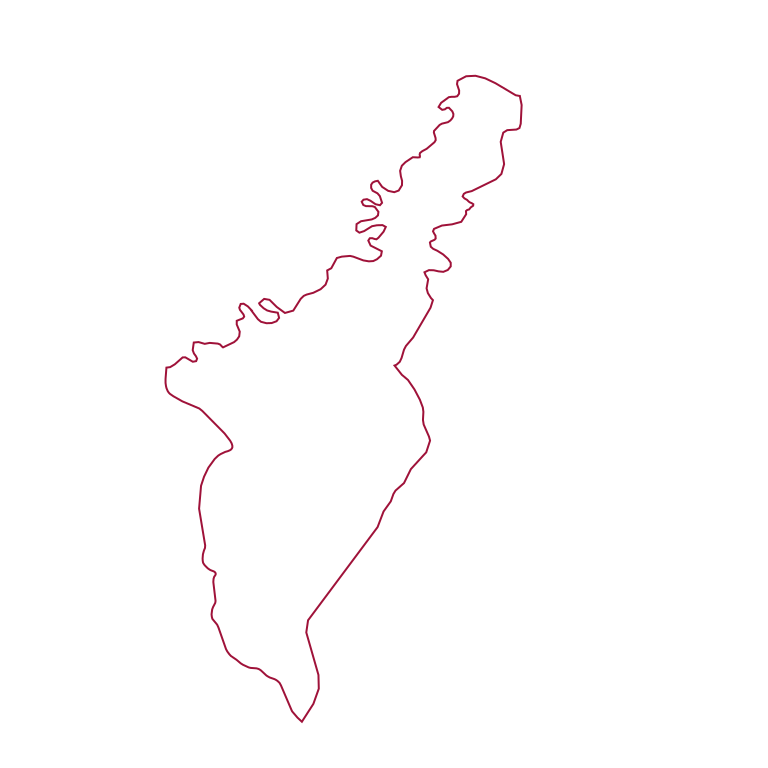 map outline of Chernivtsi (Mercator projection), rotated 313°
{"feature_id": "UKR-288", "entity_name": "Chernivtsi", "entity_type": "Region", "adm_level": 1, "iso_a3": "UKR", "parent_name": "Ukraine", "parent_adm1": "", "projection": "mercator", "projection_center": [26.206, 48.196], "detail": "fine", "context": "isolated", "style": "outline", "palette": "rose", "viewbox_px": 768, "rotation_deg": 313, "n_neighbors": 0, "source": "natural_earth", "source_scale": "10m", "svg_char_len": 4303}
<svg xmlns="http://www.w3.org/2000/svg" viewBox="0 0 768 768"><g transform="rotate(313 384 384)"><path d="M478.7,362.6L471.5,366.0L441.8,372.7L437.9,373.6L426.8,374.1L422.8,375.2L415.0,379.1L411.0,380.4L406.6,380.0L404.7,379.1L402.9,390.8L403.3,398.8L400.8,410.0L397.0,420.9L393.3,428.4L390.5,431.8L384.3,437.0L381.4,440.7L376.2,452.8L374.0,456.3L362.8,461.5L357.4,461.5L340.1,461.7L325.2,466.2L313.9,465.1L310.0,465.9L302.8,469.0L290.5,470.6L275.0,476.9L159.4,489.6L149.3,496.6L126.5,534.5L116.7,544.1L101.9,550.5L84.2,553.7L81.0,554.3L81.0,554.1L81.0,549.9L81.0,548.2L81.9,540.2L82.3,539.1L93.3,514.2L94.2,511.4L94.2,510.0L94.2,508.6L94.0,507.2L93.7,505.9L93.3,504.8L91.4,500.5L90.8,498.0L90.6,496.7L90.6,489.3L90.4,488.0L90.1,486.7L89.6,485.7L89.1,484.7L85.5,480.2L84.9,479.2L84.4,478.2L82.5,472.4L82.0,469.8L81.7,464.1L80.7,457.6L80.8,456.1L80.9,455.0L81.5,451.8L82.4,449.2L93.0,429.0L94.2,426.1L95.0,420.0L95.2,418.6L96.3,416.9L97.9,415.0L101.9,412.1L104.3,411.1L108.7,409.9L109.7,409.3L110.6,408.6L122.8,394.2L125.3,392.2L127.4,391.2L128.8,391.1L130.0,390.7L130.8,389.9L131.1,388.2L130.7,386.9L129.8,384.7L129.4,383.5L129.2,382.2L129.0,380.8L129.1,377.8L129.2,376.3L129.5,374.9L129.9,373.6L131.0,372.1L132.6,370.4L136.0,367.7L139.4,365.9L142.0,364.9L144.0,363.3L166.7,333.8L184.8,319.6L193.5,315.6L203.1,312.6L213.8,311.3L218.6,311.6L221.3,312.3L226.1,314.2L228.4,315.6L230.5,316.5L231.8,316.8L233.2,316.7L234.4,316.2L235.5,315.1L236.7,313.0L237.6,310.2L239.1,301.1L240.4,269.5L240.1,265.6L233.8,248.4L231.4,238.3L230.8,234.1L230.9,232.5L231.3,230.7L232.6,227.8L233.7,226.1L235.8,223.5L238.7,220.8L247.6,213.7L250.5,216.1L255.8,217.6L266.1,218.6L268.0,220.5L269.9,229.0L272.6,231.0L275.1,230.0L276.1,227.4L276.7,224.2L278.3,221.0L284.6,216.6L288.2,219.8L291.1,225.5L295.2,228.5L300.2,234.9L301.1,237.1L300.9,240.3L301.0,241.3L312.4,245.8L316.2,246.2L320.1,245.6L323.9,242.8L327.1,235.7L329.8,233.2L335.7,236.0L337.9,235.8L339.0,233.9L340.0,228.1L341.1,226.1L344.8,224.6L347.0,226.6L347.9,231.5L347.5,238.3L347.5,235.8L345.4,247.6L345.6,251.6L348.3,256.6L352.0,260.3L356.6,262.6L360.8,262.2L363.7,257.7L360.0,252.1L358.1,248.4L357.3,244.3L357.3,239.2L357.9,237.6L364.5,238.3L367.5,242.9L367.2,253.0L368.4,263.1L375.8,267.6L389.5,265.0L393.7,265.2L396.6,266.4L402.5,270.1L410.1,273.0L416.8,273.5L422.8,271.0L428.3,265.0L432.7,266.5L444.0,263.6L448.4,266.3L454.5,271.8L456.2,274.7L460.3,284.6L463.4,289.3L466.6,292.3L470.5,293.8L475.8,294.3L479.6,291.9L476.1,279.8L478.2,274.7L480.9,274.2L482.6,275.9L483.7,278.3L484.7,279.8L487.2,280.2L495.1,279.8L500.1,278.2L499.2,274.6L495.3,270.6L491.2,267.6L482.3,265.2L477.9,262.8L477.4,259.0L482.2,254.9L487.4,256.2L496.0,262.8L499.5,264.3L503.2,264.6L506.1,262.5L507.2,256.6L506.2,254.4L501.8,249.5L500.8,246.8L502.1,243.4L504.8,243.3L507.6,245.5L508.8,249.2L509.7,255.2L512.0,259.1L515.2,259.0L518.6,252.8L519.0,249.2L517.6,243.9L518.6,240.9L521.0,238.7L523.5,238.3L526.0,239.2L528.4,240.9L526.9,248.2L528.1,255.3L531.3,260.7L535.5,262.8L541.6,261.6L544.9,258.7L547.4,254.7L550.9,250.4L555.8,248.2L560.9,248.4L569.5,250.4L572.7,254.2L574.2,255.5L575.2,254.9L576.1,253.6L577.5,252.8L580.4,253.2L585.1,254.8L595.3,256.0L597.6,255.5L599.1,253.9L601.9,249.0L603.2,248.0L611.4,248.0L613.9,248.8L619.1,252.2L622.0,252.8L624.6,252.7L626.9,252.1L628.8,250.6L630.0,248.0L630.3,243.1L628.8,241.6L626.4,241.2L624.2,239.6L623.8,235.0L628.6,234.0L638.0,235.8L640.3,237.7L642.2,239.8L644.4,241.3L647.5,240.9L649.9,238.8L653.1,232.9L655.9,231.0L665.1,234.2L671.8,240.7L676.6,249.6L680.0,260.4L685.0,283.4L687.2,286.8L687.3,286.9L681.9,294.4L667.6,306.5L663.6,308.5L660.4,307.3L653.7,301.0L649.2,299.8L640.7,304.2L628.0,320.3L626.7,321.9L617.7,326.6L610.0,326.2L584.9,316.6L580.0,313.4L577.5,312.7L574.8,313.6L574.6,316.2L575.3,319.2L575.2,321.6L575.4,323.0L576.1,324.9L576.4,326.7L575.2,327.6L572.3,327.0L569.7,327.2L568.1,326.2L566.4,326.0L564.2,328.3L555.3,329.9L547.2,324.9L539.4,318.3L531.6,314.8L529.1,315.7L528.3,317.9L527.6,320.5L525.6,322.6L523.9,322.6L520.1,321.0L518.8,321.1L516.3,324.6L516.4,327.8L517.8,332.1L519.1,338.9L519.2,345.5L518.2,350.1L515.5,352.6L510.9,352.9L506.5,350.9L503.6,347.1L501.1,342.8L497.9,339.2L493.3,337.4L491.9,340.4L490.7,344.9L483.0,349.9L480.4,354.1L478.9,359.7L478.7,362.6Z" fill="none" stroke="#9f1239" stroke-width="2"/></g></svg>